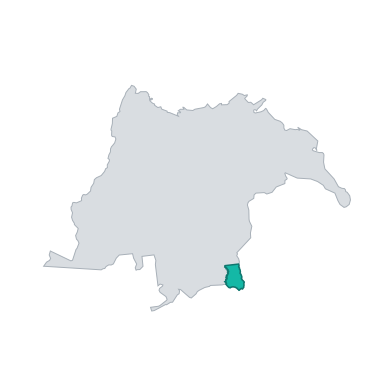 location of Puerto Carreño, Vichada, Colombia, rotated 83°
{"feature_id": "7082276B50420641639319", "entity_name": "Puerto Carreño", "entity_type": "district", "adm_level": 2, "iso_a3": "COL", "parent_name": "Colombia", "parent_adm1": "Vichada", "projection": "mercator", "projection_center": [-67.983, 5.813], "detail": "fine", "context": "in_parent", "style": "filled", "palette": "teal", "viewbox_px": 384, "rotation_deg": 83, "n_neighbors": 0, "source": "geoboundaries", "source_scale": "gbopen_adm2", "svg_char_len": 7494}
<svg xmlns="http://www.w3.org/2000/svg" viewBox="0 0 384 384"><g transform="rotate(83 192 192)"><path d="M222.4,46.6L218.4,48.2L210.5,50.3L205.1,59.2L201.4,60.8L196.9,66.1L193.5,72.6L191.0,85.9L184.3,97.1L184.8,97.6L187.5,97.1L190.0,95.9L190.9,96.3L191.8,98.3L194.9,98.8L197.3,107.8L202.0,112.5L202.4,114.3L203.1,118.0L201.4,120.3L200.9,128.6L202.4,130.7L205.9,131.5L208.2,136.6L209.6,137.8L211.7,138.6L216.8,137.8L226.0,138.7L228.1,138.6L233.3,136.8L239.8,139.0L244.6,139.3L257.7,154.9L259.0,154.4L260.7,155.4L264.0,153.8L266.8,153.5L270.6,154.3L275.5,154.3L285.4,152.7L286.9,151.8L292.3,152.7L294.0,153.8L294.7,156.7L294.1,158.5L292.2,160.4L291.2,162.7L291.0,165.5L290.0,167.6L288.2,168.9L287.6,170.9L287.9,173.5L287.0,185.2L287.8,186.1L288.3,190.9L290.6,197.2L291.7,199.0L293.6,200.4L297.1,205.6L296.3,207.3L287.4,215.3L286.9,217.2L288.6,216.4L291.4,217.2L292.3,219.1L299.0,224.7L298.9,226.9L300.8,231.0L300.5,232.0L305.1,244.0L305.2,246.5L301.4,247.2L301.3,239.2L300.7,237.5L296.4,230.4L295.5,229.8L292.6,230.6L287.7,235.9L285.5,236.7L283.7,235.9L281.9,232.8L280.7,232.2L279.5,234.9L281.0,237.2L259.7,237.2L255.5,236.2L249.8,237.4L249.8,249.5L259.8,249.7L262.6,253.2L262.4,256.0L262.8,257.0L260.4,257.6L256.8,255.7L250.6,258.0L246.0,258.5L245.7,271.9L248.4,275.2L253.8,278.8L254.6,281.2L254.2,283.5L255.5,286.4L257.3,287.9L257.3,289.6L258.2,291.6L247.6,348.3L243.9,344.9L242.5,341.7L240.7,340.4L237.1,341.4L233.3,339.8L245.6,320.6L245.2,318.9L234.9,314.1L233.9,313.0L229.0,310.4L226.3,311.2L224.7,312.4L221.0,312.8L217.9,310.8L214.3,309.4L210.0,312.7L208.7,312.6L205.7,314.0L202.3,314.6L198.1,313.1L194.6,314.1L192.2,313.9L191.3,312.9L188.2,311.8L187.9,310.5L188.7,308.1L187.4,303.4L186.9,302.6L184.6,302.5L181.8,300.9L181.3,299.8L181.9,297.9L181.4,296.3L178.7,292.6L175.0,291.6L171.4,288.5L167.8,287.4L166.2,285.1L164.6,280.1L160.9,276.2L158.4,274.9L157.5,273.0L154.8,272.8L151.2,270.2L149.6,270.1L148.5,271.3L145.1,270.0L142.3,268.1L139.3,267.6L137.4,266.5L133.9,262.8L130.1,261.1L127.9,261.7L127.2,264.4L125.9,264.9L121.6,264.2L120.8,264.8L119.7,264.7L114.4,262.7L109.1,261.9L107.8,257.4L104.4,255.8L103.4,253.7L101.0,253.9L92.1,249.8L88.3,246.9L85.2,245.4L81.8,242.1L81.3,240.9L78.8,239.0L80.0,236.6L83.1,234.8L87.1,236.2L87.6,233.4L86.2,230.9L86.8,225.3L87.9,224.1L90.1,223.0L91.5,223.4L92.3,222.5L95.6,222.9L96.6,222.5L99.1,220.3L100.2,218.4L101.3,218.6L104.0,215.6L103.6,212.6L106.1,211.9L108.7,206.9L109.9,206.8L110.5,204.5L115.1,196.3L113.4,197.2L111.6,196.6L111.9,193.9L111.3,193.6L109.8,195.7L108.5,193.5L108.9,190.0L106.8,190.7L106.9,189.9L109.9,187.2L111.2,181.2L110.2,179.0L109.6,169.9L109.0,168.2L106.5,165.9L110.5,163.3L111.9,161.3L110.1,157.3L107.8,153.9L107.7,151.9L109.1,152.1L109.6,146.4L108.3,144.3L106.7,144.2L101.5,135.9L99.7,134.2L101.1,130.1L102.6,128.4L102.3,125.3L103.3,125.5L105.6,128.3L106.5,127.8L110.0,125.2L110.1,122.7L112.9,120.2L108.9,111.6L107.6,110.3L109.2,107.5L110.1,107.7L111.6,110.4L114.1,112.1L117.7,116.9L119.3,118.0L118.1,119.0L117.9,120.2L118.4,120.8L120.5,120.9L121.3,119.6L120.8,113.8L119.9,110.9L118.0,108.8L118.6,108.0L122.3,106.6L130.0,101.0L132.6,95.8L134.6,93.9L136.9,92.7L139.7,93.0L141.9,92.3L142.5,90.6L141.1,87.0L142.7,82.0L142.7,79.5L143.8,78.0L143.4,77.4L140.6,79.2L143.5,75.7L145.5,70.3L156.7,60.9L164.0,63.2L166.3,63.0L163.3,64.2L162.8,65.6L163.9,67.0L165.0,67.4L165.9,66.5L168.4,60.9L168.7,57.9L169.8,56.8L171.3,56.5L178.5,57.8L185.2,57.3L196.3,49.4L204.6,46.0L206.6,42.8L207.2,40.3L208.7,39.4L210.3,39.4L211.2,38.0L215.0,35.9L219.2,35.7L223.5,37.5L225.5,40.8L225.8,43.0L222.4,46.6ZM95.7,221.9L95.2,222.3L94.3,221.6L94.0,220.6L94.5,219.9L95.3,220.2L95.7,221.9Z" fill="#d9dde1" stroke="#a8b0b8" stroke-width="1"/><path d="M269.1,168.1L269.2,168.3L269.3,168.4L269.5,168.4L269.5,168.1L269.8,168.3L270.0,168.4L270.1,168.5L270.3,168.6L270.6,168.3L270.6,168.2L270.8,168.0L270.9,167.9L271.0,167.9L271.0,167.6L271.3,167.6L271.3,167.8L271.4,167.7L271.4,167.4L271.5,167.3L271.5,167.2L271.6,166.9L271.8,166.9L271.9,167.2L272.0,167.4L272.3,167.5L272.5,167.4L272.5,167.2L272.4,167.1L272.4,166.9L272.5,166.5L272.6,166.4L272.8,166.5L273.1,166.4L273.3,166.4L273.5,166.3L273.5,166.2L273.8,166.1L273.8,165.9L274.0,166.0L274.2,166.3L274.3,166.5L274.6,166.5L274.7,166.4L274.8,166.3L274.7,166.2L274.5,165.8L274.6,165.7L274.9,165.5L275.0,165.6L275.3,165.6L275.4,165.4L275.5,165.4L275.6,165.5L275.5,165.8L275.6,166.0L275.8,166.1L276.1,165.9L276.3,165.9L276.4,166.0L276.5,166.2L276.7,165.9L276.9,165.8L277.1,165.8L277.2,166.0L277.2,166.3L277.3,166.4L277.8,166.3L278.0,166.5L278.1,166.8L278.2,167.0L278.4,167.2L278.5,167.1L278.6,167.3L278.6,167.5L278.8,167.8L279.0,167.9L279.1,168.0L279.3,167.9L279.3,167.6L279.3,167.4L279.2,167.2L279.3,167.1L279.5,167.2L279.6,167.3L279.7,167.7L279.8,167.8L279.8,167.7L280.1,167.7L280.2,167.8L280.4,168.1L280.6,168.5L280.8,168.7L281.0,168.6L280.9,168.3L280.8,168.2L280.7,168.1L280.5,167.9L280.9,167.8L281.4,167.8L281.6,167.9L281.7,168.0L281.8,168.3L282.2,168.4L282.3,168.3L282.3,168.2L282.0,167.8L282.3,167.8L282.5,167.8L282.6,168.0L282.6,168.6L282.6,168.8L282.9,169.1L283.1,169.2L283.3,169.2L283.1,168.8L283.0,168.7L283.3,168.8L283.5,168.9L283.6,169.0L283.9,169.3L284.0,169.3L284.2,169.2L284.4,169.1L284.5,169.1L284.7,169.3L284.7,169.5L284.8,169.9L284.9,170.0L285.1,170.2L285.1,170.3L285.3,170.2L285.5,169.8L285.5,169.6L285.8,169.6L285.9,169.4L285.9,169.2L286.1,169.1L286.4,169.0L286.7,168.9L287.0,168.9L287.1,169.1L287.0,169.3L287.2,169.5L287.3,169.4L287.5,169.4L287.6,169.5L287.8,169.5L287.9,169.4L288.1,169.2L288.5,169.1L288.9,168.7L289.4,168.5L289.6,168.3L289.8,168.1L290.1,168.0L290.2,167.9L290.5,167.7L290.8,167.4L291.1,167.2L291.3,167.0L291.3,166.9L291.3,166.6L291.4,166.4L291.5,166.2L291.8,165.9L291.7,165.6L291.4,165.4L291.4,165.2L291.4,164.9L291.2,164.6L291.2,164.3L291.2,164.1L291.1,163.9L291.0,163.3L291.1,163.1L291.1,162.4L291.2,162.2L291.4,161.9L291.5,161.6L291.5,161.4L291.6,161.1L291.7,160.8L291.8,160.5L292.0,160.2L292.4,159.9L292.6,159.6L292.8,159.2L293.0,159.0L293.2,158.9L293.6,158.7L294.0,158.4L294.2,158.1L294.3,158.0L294.7,157.7L295.2,157.5L295.3,157.4L295.3,157.1L295.2,157.0L295.0,156.8L295.0,156.7L294.6,156.3L294.4,156.1L294.1,155.7L294.1,155.3L293.9,155.1L293.7,154.8L293.7,154.7L293.8,154.5L293.9,154.2L294.4,153.7L294.2,153.4L293.7,153.0L293.4,152.8L293.3,152.7L293.0,152.3L292.8,152.2L292.6,152.2L292.2,152.3L291.8,152.2L291.6,151.9L291.4,151.8L291.0,151.8L290.5,151.8L290.3,151.7L289.9,151.7L289.5,151.6L289.2,151.6L288.8,151.8L288.7,151.8L288.6,151.7L288.4,151.5L288.1,151.2L287.8,151.1L287.4,151.3L287.2,151.4L287.0,151.6L286.9,151.7L286.6,151.9L286.4,152.0L286.1,152.2L285.9,152.5L285.7,152.7L285.6,152.8L285.1,153.0L284.9,153.1L284.7,153.3L284.4,153.3L283.9,153.5L283.6,153.5L283.4,153.4L283.2,153.2L282.8,153.0L282.5,152.9L282.3,152.9L282.2,153.0L281.9,153.0L281.8,152.9L281.6,152.9L281.4,153.0L281.2,153.1L280.8,153.3L280.3,153.3L279.8,153.5L279.5,153.5L279.4,153.6L279.3,153.8L279.1,153.9L279.0,154.0L278.8,154.1L278.6,154.2L278.4,154.2L278.2,154.2L277.9,154.0L277.7,153.9L277.4,153.8L277.3,153.7L277.2,153.7L277.1,153.8L276.9,153.8L276.6,153.7L276.3,153.8L276.0,153.7L275.9,153.7L275.7,153.8L275.4,153.8L275.2,153.8L274.9,153.8L274.7,153.9L274.6,154.1L274.3,154.4L274.2,154.4L273.5,154.1L273.3,154.1L273.2,154.2L273.0,154.3L272.8,154.4L272.7,154.6L272.3,154.8L271.9,154.7L271.6,154.8L271.4,154.6L271.2,154.4L270.7,154.4L270.4,154.3L270.0,154.4L269.5,154.5L269.5,154.4L269.4,154.3L269.3,154.2L269.2,154.0L269.1,168.1Z" fill="#14b8a6" stroke="#0f766e" stroke-width="1.5"/></g></svg>